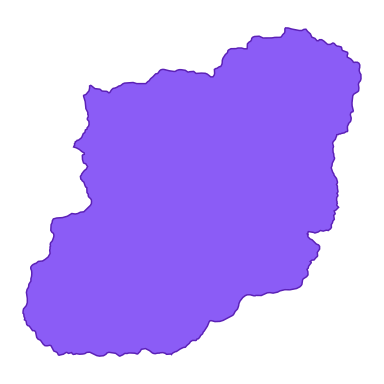 San José Del Palmar, Chocó, Colombia (Mercator projection)
{"feature_id": "7082276B34896182965166", "entity_name": "San José Del Palmar", "entity_type": "district", "adm_level": 2, "iso_a3": "COL", "parent_name": "Colombia", "parent_adm1": "Chocó", "projection": "mercator", "projection_center": [-76.278, 4.967], "detail": "fine", "context": "isolated", "style": "filled", "palette": "violet", "viewbox_px": 384, "rotation_deg": 0, "n_neighbors": 0, "source": "geoboundaries", "source_scale": "gbopen_adm2", "svg_char_len": 5815}
<svg xmlns="http://www.w3.org/2000/svg" viewBox="0 0 384 384"><path d="M305.9,29.2L303.8,29.4L301.9,30.5L299.3,30.5L291.6,29.0L288.3,28.0L285.5,27.9L284.9,28.8L284.9,31.5L284.5,32.9L282.6,34.8L281.9,36.0L280.9,37.1L280.2,37.3L274.7,37.4L272.0,37.9L263.1,38.0L259.2,36.2L254.5,36.5L252.6,37.3L251.7,38.4L251.5,39.8L250.7,41.1L248.8,42.3L247.4,43.9L247.2,48.2L247.0,48.8L244.2,48.8L241.6,48.0L238.0,48.0L236.0,48.6L231.0,48.7L229.0,49.7L228.0,50.5L227.5,52.6L225.3,54.6L223.0,58.2L222.3,60.3L222.2,63.1L221.8,64.6L220.7,66.5L219.3,66.7L217.0,68.3L215.6,68.6L214.4,69.4L214.6,73.5L214.2,75.1L213.0,76.8L210.8,76.9L207.3,74.1L205.3,73.3L201.6,73.1L196.0,73.4L193.7,71.4L189.5,71.7L188.4,72.1L187.8,72.0L185.3,70.3L181.2,69.7L179.1,69.7L177.0,70.3L175.2,71.4L173.8,71.4L169.4,70.8L163.8,69.4L162.4,69.4L160.9,69.8L159.7,70.7L157.7,73.5L155.6,73.9L153.0,76.7L150.6,78.7L149.1,80.8L147.8,81.6L145.8,83.6L136.7,83.6L133.1,82.5L124.6,83.1L123.0,83.7L120.6,85.6L118.6,86.1L117.4,87.0L115.2,88.0L113.1,88.4L111.6,89.7L109.7,92.6L108.8,92.8L107.1,91.5L106.4,91.3L102.2,91.1L99.9,89.2L94.9,88.6L91.2,85.6L90.6,85.4L89.6,85.9L89.6,88.0L89.0,90.8L86.0,94.4L83.6,95.4L83.6,96.3L85.2,101.6L85.9,108.7L87.8,112.4L87.8,114.5L88.2,115.0L88.2,116.4L88.1,117.1L87.4,118.1L87.3,119.0L87.4,119.6L88.9,121.3L89.1,124.6L88.8,125.0L88.7,125.9L87.1,127.8L87.0,129.1L85.4,129.9L84.8,132.6L83.3,133.5L81.9,137.0L81.1,138.1L78.4,140.2L77.1,140.3L76.7,141.0L75.3,141.8L75.3,142.6L74.5,143.6L74.6,145.3L74.0,146.0L73.6,147.0L76.3,147.8L79.1,149.3L82.3,151.9L84.2,152.9L84.3,154.3L82.7,154.9L82.3,155.5L82.5,159.7L83.5,162.8L84.1,163.3L85.7,163.7L87.6,166.6L86.2,169.2L84.5,170.4L83.4,171.7L81.7,174.0L81.4,175.1L80.4,176.3L80.8,179.1L81.5,179.6L82.2,180.8L83.9,182.2L85.1,185.8L85.8,187.1L86.8,187.6L87.0,192.6L88.3,194.3L88.2,195.4L88.5,196.7L90.5,198.6L91.3,199.7L91.5,201.2L91.4,203.6L90.4,205.4L83.8,211.8L80.3,212.2L77.8,213.5L75.3,214.0L71.8,213.5L67.4,216.2L62.5,217.6L56.7,218.0L53.4,218.9L52.4,220.6L52.1,222.7L51.1,224.7L50.8,230.4L51.8,232.1L53.3,233.3L53.7,234.1L53.9,235.4L53.7,237.0L52.6,240.1L52.2,241.0L50.6,242.8L50.2,244.2L50.5,246.1L50.0,246.9L50.1,248.7L49.7,250.1L50.1,253.5L48.1,257.0L45.1,259.4L42.5,261.0L38.3,261.4L35.9,263.5L35.3,263.4L33.1,264.5L31.8,265.6L30.8,267.1L30.8,268.8L31.6,270.7L31.8,273.4L31.6,276.2L30.9,278.8L30.9,281.1L28.9,284.2L28.5,287.2L27.1,289.4L26.4,292.4L27.3,298.4L27.3,302.6L26.3,305.6L23.5,308.9L23.1,310.9L23.0,313.2L23.8,314.1L24.0,316.6L24.8,318.1L24.4,319.8L25.6,320.5L26.1,321.2L26.7,324.4L27.6,325.5L29.3,326.1L32.5,330.6L34.4,330.7L34.9,331.1L35.6,332.0L36.7,337.4L38.0,339.1L40.5,340.3L43.3,344.3L45.0,345.7L47.1,345.8L49.9,345.3L51.0,345.7L53.8,351.0L56.7,352.2L57.3,352.8L58.4,354.9L59.1,355.2L63.4,354.2L66.2,352.4L67.1,352.5L68.5,353.4L71.6,352.6L72.4,353.8L73.3,354.4L75.4,354.1L76.1,353.6L79.5,354.2L82.9,354.0L84.9,353.6L86.8,352.4L89.8,352.2L96.8,355.6L99.5,356.1L103.5,355.7L105.9,354.3L107.1,352.9L108.9,352.3L115.6,353.3L119.3,356.0L119.9,356.1L122.8,354.8L124.8,353.4L127.1,353.5L128.7,353.0L131.1,353.0L134.8,353.2L136.7,353.9L137.7,353.9L140.0,351.6L141.4,349.3L145.5,348.6L149.5,350.6L152.3,352.9L153.4,353.4L155.1,353.7L157.8,353.1L159.5,353.1L160.1,352.8L162.9,352.6L165.5,353.4L166.3,354.2L166.8,354.3L170.8,354.0L171.5,354.5L171.7,354.0L173.1,352.8L175.3,351.7L176.5,351.5L180.2,349.0L183.3,347.5L185.4,347.2L186.8,345.5L189.4,343.3L190.5,341.6L192.6,340.4L195.8,340.5L196.2,340.3L197.1,339.0L198.5,338.7L200.0,336.8L200.6,335.5L202.5,333.9L203.4,331.8L204.1,331.2L207.4,326.1L209.2,321.7L210.1,320.7L211.7,320.7L214.9,321.6L219.9,321.4L223.1,320.4L232.6,315.4L233.5,314.6L235.2,311.4L237.5,309.0L238.6,305.9L238.9,303.7L240.0,301.1L242.8,297.5L245.2,295.7L246.9,294.9L247.9,294.8L250.3,294.8L253.9,295.8L255.2,295.8L255.9,295.4L261.3,295.5L267.3,292.8L269.9,292.6L273.1,293.1L277.7,292.1L279.9,290.9L284.8,289.7L289.9,289.8L296.6,288.5L299.9,286.8L301.3,285.4L301.9,284.4L302.6,279.8L303.3,278.8L306.6,276.7L308.0,274.9L307.9,271.7L307.0,269.3L308.2,268.2L308.6,266.2L311.2,262.8L311.2,262.3L310.2,261.5L312.0,260.1L314.0,260.0L316.1,257.5L317.4,256.4L317.6,255.6L317.3,252.4L319.6,249.1L319.6,246.3L318.5,244.9L316.3,244.0L312.1,239.8L310.0,238.9L308.0,236.8L307.7,235.8L308.2,234.8L307.4,234.3L307.3,233.5L308.0,233.2L308.1,231.9L308.6,231.6L313.5,232.4L314.9,233.0L318.2,232.0L320.4,230.5L323.2,231.1L326.3,230.2L328.5,230.5L329.5,229.4L330.4,229.0L331.4,227.5L331.3,224.6L332.5,222.8L332.8,221.2L334.3,219.3L333.7,215.4L335.2,213.8L334.2,210.9L336.0,210.0L338.6,207.3L336.9,205.5L336.7,204.9L337.3,203.3L336.9,202.7L337.1,201.9L336.6,200.4L336.7,197.5L337.9,195.8L337.6,194.4L336.9,193.3L338.0,191.8L337.4,188.2L337.4,186.1L336.5,184.4L337.4,182.9L337.5,182.1L336.5,178.5L334.1,175.3L333.8,173.9L332.7,172.2L331.2,167.8L332.0,165.7L332.3,163.2L334.5,158.8L334.5,157.8L333.9,156.6L333.7,153.7L333.1,152.4L332.9,148.6L333.5,146.6L332.6,143.1L333.2,141.7L335.4,139.2L336.0,137.2L336.4,136.7L336.8,134.7L338.5,134.5L339.2,133.9L340.5,133.9L341.5,133.4L344.3,132.9L346.1,131.7L347.4,131.5L347.7,130.9L347.4,128.0L347.5,126.0L348.5,124.3L348.5,123.6L350.5,121.5L351.0,120.0L351.2,118.0L350.3,114.8L350.7,113.1L351.5,112.1L352.8,111.8L353.3,110.9L352.1,105.7L352.0,102.8L352.8,95.6L354.0,94.0L357.6,91.8L358.6,90.8L358.9,88.0L358.4,84.2L359.0,82.4L360.4,80.8L361.0,78.8L360.9,74.5L359.8,72.7L359.2,70.6L359.4,68.4L359.7,67.9L359.8,65.0L359.0,63.3L357.5,62.3L354.8,62.2L354.1,62.5L353.2,62.0L352.8,61.1L350.8,59.0L347.3,57.1L347.2,55.1L347.7,54.2L347.8,53.2L347.4,52.3L342.5,50.5L341.8,49.4L341.7,47.9L341.1,46.9L338.5,46.2L337.4,46.2L335.7,45.2L334.4,43.6L333.6,43.2L332.9,43.0L330.4,44.4L327.6,44.4L323.9,41.1L321.7,39.7L319.4,39.7L318.5,40.7L316.9,40.7L315.0,38.4L311.8,37.1L310.4,33.9L307.7,31.5L305.9,29.2Z" fill="#8b5cf6" stroke="#5b21b6" stroke-width="1.5"/></svg>